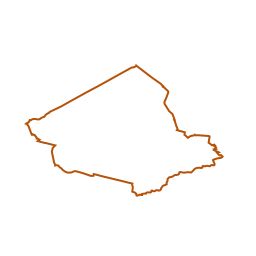 Ošupes pag., Madona, Latvia (Robinson projection), rotated 197°
{"feature_id": "27541924B56619269975985", "entity_name": "Ošupes pag.", "entity_type": "district", "adm_level": 2, "iso_a3": "LVA", "parent_name": "Latvia", "parent_adm1": "Madona", "projection": "robinson", "projection_center": [26.739, 56.805], "detail": "fine", "context": "isolated", "style": "outline", "palette": "amber", "viewbox_px": 256, "rotation_deg": 197, "n_neighbors": 0, "source": "geoboundaries", "source_scale": "gbopen_adm2", "svg_char_len": 5192}
<svg xmlns="http://www.w3.org/2000/svg" viewBox="0 0 256 256"><g transform="rotate(197 128 128)"><path d="M207.3,120.7L207.6,120.5L207.7,119.7L207.9,119.5L208.6,118.9L209.6,117.8L210.1,117.2L210.5,116.7L210.7,116.4L210.8,115.8L210.9,115.3L211.1,114.9L211.2,114.6L211.6,114.1L213.4,112.7L213.9,112.2L214.6,111.2L215.2,110.6L215.6,110.2L216.1,110.0L217.8,109.7L218.6,109.6L219.9,109.3L220.9,109.0L221.7,108.6L222.1,108.3L222.3,108.2L222.9,107.3L223.1,107.1L223.5,107.0L223.9,107.0L224.3,106.9L224.4,106.7L224.4,106.4L224.4,105.9L224.4,105.2L224.6,104.8L225.3,103.9L225.9,103.2L226.7,102.5L226.8,102.3L226.7,102.3L226.2,102.4L225.4,102.6L225.4,101.8L223.7,100.7L218.2,93.6L217.9,93.9L217.8,93.7L217.7,93.7L217.2,93.6L216.9,93.7L216.7,93.9L216.3,94.0L216.2,94.1L215.8,94.0L215.5,94.0L215.5,93.9L215.4,93.8L215.3,93.7L215.1,93.7L214.8,93.7L214.7,93.6L214.4,93.3L214.3,93.2L213.8,93.0L213.6,92.8L213.3,92.7L213.0,92.4L212.6,92.0L212.4,91.9L212.3,91.6L212.3,91.2L211.6,91.3L211.2,91.4L209.2,90.9L210.5,89.1L210.4,89.1L207.6,89.2L205.5,89.3L203.0,89.4L202.8,89.5L201.7,89.6L200.1,89.7L199.9,89.7L192.5,90.1L193.9,87.4L194.0,87.1L194.1,86.8L194.1,86.5L194.0,83.6L193.9,83.1L190.7,77.2L190.5,76.9L190.2,76.3L188.9,73.8L188.6,73.4L187.9,72.7L187.0,71.6L186.8,71.1L186.7,70.9L186.5,71.2L186.2,71.4L185.6,71.5L184.0,71.7L183.5,71.6L182.8,71.2L182.1,70.7L181.7,70.4L180.2,70.0L179.5,69.7L179.2,69.5L179.1,69.4L178.6,69.0L178.4,68.9L178.2,68.8L175.0,67.8L172.9,67.7L172.7,67.7L170.7,68.3L169.9,68.6L169.0,69.0L168.9,69.1L167.5,70.4L165.6,71.4L165.4,71.4L163.2,71.5L160.2,71.6L157.6,71.6L153.8,71.5L149.9,71.3L149.7,71.3L147.1,72.1L147.1,72.8L147.2,73.4L147.3,73.9L147.1,73.9L146.5,73.9L144.8,74.1L143.1,74.1L141.9,74.2L140.5,74.2L133.8,74.6L120.2,75.4L119.3,75.5L118.6,75.5L117.0,75.6L116.5,75.6L110.8,75.9L110.1,76.0L108.3,76.1L107.6,76.1L107.6,75.5L107.5,75.1L106.7,73.8L106.3,73.2L106.1,72.9L106.0,72.4L105.5,69.5L105.3,68.4L102.9,68.3L102.1,68.1L101.7,67.8L101.4,67.6L101.1,67.6L100.9,67.5L100.8,67.2L100.6,66.8L100.3,66.5L100.2,66.3L100.3,66.3L100.0,65.9L99.2,66.3L98.7,66.6L98.0,66.8L97.6,67.6L96.2,67.8L95.8,67.8L95.5,67.8L95.0,68.0L95.4,68.8L95.4,69.0L92.8,70.2L92.6,70.3L91.9,70.5L91.7,70.5L91.7,71.1L91.6,71.3L91.3,71.6L90.9,71.9L90.2,72.2L87.7,72.9L87.5,73.1L87.4,73.2L87.2,73.5L87.1,73.9L87.3,74.3L87.3,74.5L87.3,74.8L87.2,74.9L87.1,75.0L86.9,75.1L86.7,75.2L86.3,75.2L85.6,75.0L85.3,75.0L84.9,75.1L84.6,75.1L84.0,75.5L83.6,75.8L83.3,76.2L82.9,76.7L82.8,76.8L82.2,77.0L81.9,77.0L80.6,77.1L80.1,77.2L79.7,77.4L79.2,77.7L79.0,78.0L78.8,78.4L78.7,78.9L78.6,79.4L78.7,79.8L78.7,80.1L78.2,81.3L78.1,81.7L78.0,82.3L77.6,83.0L77.3,83.3L76.0,84.2L74.9,85.1L74.6,85.4L74.5,85.6L74.7,86.0L75.0,86.6L75.1,87.1L75.1,87.6L74.8,88.6L74.8,89.0L74.8,89.3L75.0,89.8L75.2,90.7L75.1,91.1L74.8,91.7L74.2,92.8L74.0,93.0L73.7,93.1L72.8,93.6L72.2,93.9L71.7,94.2L71.1,94.7L70.9,94.9L70.7,95.3L70.3,95.8L69.7,96.4L69.3,96.7L68.1,97.2L66.7,97.9L66.2,98.3L66.1,98.5L65.8,98.9L65.8,99.1L65.8,99.4L65.8,99.8L65.9,100.2L65.8,100.7L65.7,100.8L65.3,101.1L64.8,101.2L64.2,101.3L63.3,101.4L62.3,101.5L61.7,101.6L60.8,101.9L60.3,102.1L57.7,103.3L57.2,103.4L56.9,103.5L55.8,103.6L55.4,103.7L55.0,103.8L54.7,103.9L54.6,104.0L54.4,104.2L54.3,104.4L54.1,104.7L52.9,107.0L52.7,107.5L52.5,107.9L52.1,108.5L51.6,109.0L51.2,109.4L50.9,109.6L50.0,110.2L49.4,110.4L48.5,110.7L47.8,111.0L46.6,111.1L46.3,111.1L46.2,111.2L45.5,111.7L45.4,111.9L45.3,112.0L45.5,112.6L45.5,113.1L45.4,113.4L45.3,113.5L45.0,113.6L44.6,113.7L44.0,113.8L43.8,113.8L43.4,113.8L43.2,113.8L42.9,114.0L42.4,114.3L42.0,114.6L41.8,114.7L41.3,114.9L40.7,115.1L40.4,115.1L39.7,115.2L39.2,115.2L38.8,115.3L38.5,115.5L38.4,115.6L38.2,115.9L37.7,116.6L37.5,116.8L37.2,117.0L36.8,117.2L36.0,117.2L35.3,117.3L35.1,117.4L34.8,117.6L34.6,117.8L34.5,118.0L34.5,118.4L34.8,119.0L34.9,119.3L36.7,121.3L36.9,121.4L37.2,121.9L37.3,122.1L37.2,122.3L37.2,122.5L36.7,122.9L36.5,123.1L36.1,123.3L34.7,124.4L34.1,124.8L32.8,125.5L31.6,126.1L30.5,126.6L29.9,127.0L29.4,127.9L29.2,128.3L29.4,128.4L31.2,129.3L32.0,128.7L32.6,128.6L35.6,130.4L34.3,131.3L37.8,131.8L39.6,132.0L39.9,132.6L39.7,132.7L38.8,133.4L38.5,133.5L37.7,133.8L38.4,134.3L38.1,135.0L40.5,136.1L39.9,136.6L39.7,136.7L40.7,137.3L42.7,136.0L43.1,136.2L45.4,137.2L46.5,137.4L46.6,137.5L47.5,143.8L48.6,143.9L51.2,143.3L54.2,142.7L54.3,142.6L58.3,141.7L58.9,141.6L61.5,140.6L62.2,141.1L62.7,140.3L62.8,140.0L62.7,140.0L64.5,139.5L64.9,139.1L66.1,138.3L66.2,138.2L67.9,136.1L69.3,136.9L70.9,137.6L71.9,138.1L72.0,138.1L72.4,140.2L72.4,140.5L78.9,140.3L80.6,140.3L80.2,141.3L80.4,141.6L81.4,142.9L82.1,143.7L85.5,148.6L86.1,149.1L85.7,149.3L86.2,150.1L86.5,150.4L86.6,150.5L89.6,154.4L89.8,154.5L92.7,155.7L93.5,156.1L98.7,160.6L99.8,161.5L100.4,162.3L100.7,163.1L100.7,163.8L100.5,165.7L100.3,167.3L100.1,169.5L99.9,173.7L100.0,174.3L100.3,174.7L100.6,175.0L103.9,176.6L105.4,177.5L105.4,177.3L106.2,177.6L106.4,177.6L106.7,177.6L106.8,177.6L107.4,178.3L107.1,178.5L109.5,179.8L119.6,183.1L121.2,183.7L126.6,185.7L138.4,190.1L138.4,189.6L138.9,189.1L139.6,188.2L140.0,188.1L140.3,187.6L142.2,186.9L168.9,159.2L178.6,149.5L190.7,137.0L198.0,129.3L206.5,121.5L207.3,120.7Z" fill="none" stroke="#b45309" stroke-width="2"/></g></svg>